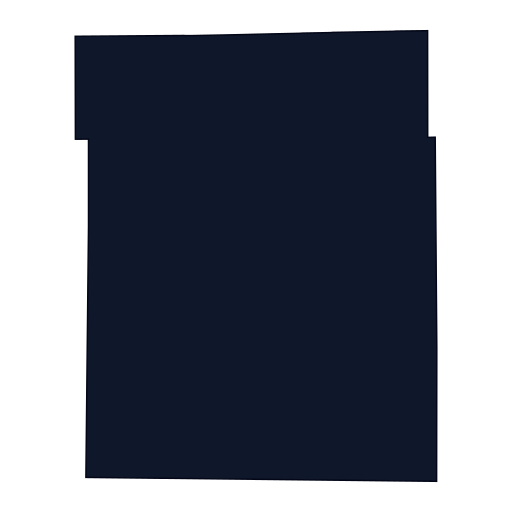 Harrison, Missouri, United States of America
{"feature_id": "52423323B2822402120126", "entity_name": "Harrison", "entity_type": "district", "adm_level": 2, "iso_a3": "USA", "parent_name": "United States of America", "parent_adm1": "Missouri", "projection": "albers", "projection_center": [-93.959, 40.355], "detail": "fine", "context": "isolated", "style": "filled", "palette": "ink", "viewbox_px": 512, "rotation_deg": 0, "n_neighbors": 0, "source": "geoboundaries", "source_scale": "gbopen_adm2", "svg_char_len": 477}
<svg xmlns="http://www.w3.org/2000/svg" viewBox="0 0 512 512"><path d="M436.6,481.3L436.8,348.5L435.2,137.2L427.7,137.4L427.6,30.7L396.0,31.1L393.5,31.3L376.4,31.6L366.6,31.8L332.2,32.4L331.4,32.5L330.2,32.6L320.2,32.8L303.4,33.1L303.0,33.2L302.4,33.1L301.2,33.2L300.2,33.3L281.8,33.7L271.8,33.9L242.0,34.6L227.7,34.9L192.2,35.6L185.3,35.6L183.8,35.5L75.2,36.3L75.4,139.2L88.5,139.1L88.5,226.5L85.9,477.4L436.6,481.3Z" fill="#0f172a" stroke="#020617" stroke-width="1.5"/></svg>